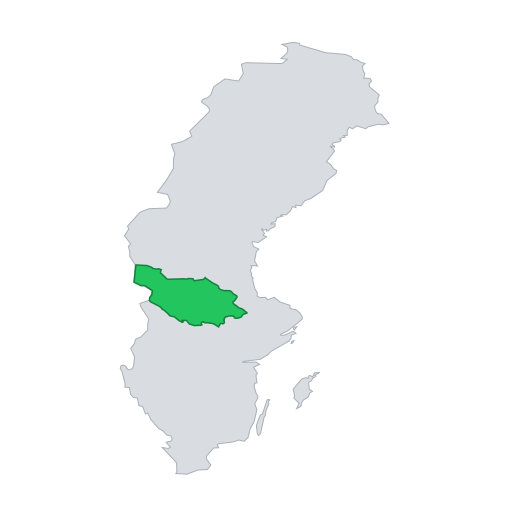 where Dalarna sits in Sweden, rotated 352°
{"feature_id": "SWE-181", "entity_name": "Dalarna", "entity_type": "County", "adm_level": 1, "iso_a3": "SWE", "parent_name": "Sweden", "parent_adm1": "", "projection": "natural_earth1", "projection_center": [14.891, 61.079], "detail": "fine", "context": "in_parent", "style": "filled", "palette": "green", "viewbox_px": 512, "rotation_deg": 352, "n_neighbors": 0, "source": "natural_earth", "source_scale": "10m", "svg_char_len": 6552}
<svg xmlns="http://www.w3.org/2000/svg" viewBox="0 0 512 512"><g transform="rotate(352 256 256)"><path d="M111.7,347.1L113.6,351.0L117.8,350.5L119.5,347.6L121.7,339.2L119.1,329.9L122.8,326.7L125.2,321.6L130.9,320.1L138.5,314.1L139.3,308.1L141.1,303.6L134.8,290.1L134.4,286.8L144.1,285.0L148.3,276.1L141.7,270.4L131.4,265.0L135.2,247.9L130.9,238.7L131.6,234.8L131.0,228.8L133.6,226.4L128.6,217.7L133.7,211.7L132.9,208.6L147.3,196.5L156.8,194.3L174.2,196.1L178.4,191.3L178.6,188.8L177.0,182.7L167.2,179.2L177.9,168.4L186.3,158.0L187.9,147.8L189.9,143.5L187.8,133.6L199.1,132.5L209.1,128.5L207.7,123.1L229.7,106.7L230.3,103.8L228.7,100.9L223.4,95.9L224.8,93.6L230.7,92.3L233.6,90.1L237.9,82.4L249.9,76.3L263.1,80.3L268.8,73.6L268.2,64.1L273.0,63.2L308.5,69.1L314.4,65.6L308.3,63.8L314.1,60.0L315.8,57.7L316.3,55.0L316.0,53.5L311.1,50.1L322.2,49.6L328.3,51.2L328.9,53.3L353.3,64.4L372.5,68.8L378.1,71.9L380.2,75.4L383.2,75.6L386.9,78.8L390.7,80.6L387.7,82.9L388.0,88.1L389.1,90.5L387.4,94.9L393.7,96.0L394.8,98.7L391.6,101.5L392.1,104.5L400.5,113.8L398.6,116.8L398.2,120.6L394.6,123.4L394.2,126.3L395.0,130.0L396.2,131.8L399.8,133.1L406.1,143.1L400.1,143.8L395.5,142.5L384.9,143.7L382.3,145.2L374.0,141.2L369.4,143.5L366.2,141.5L363.7,144.8L363.2,149.2L359.4,148.9L360.8,150.6L355.7,151.2L355.3,151.9L356.5,153.0L354.9,154.4L347.8,154.8L346.9,156.3L349.0,158.0L349.0,159.1L344.4,157.5L347.6,160.7L348.3,163.1L338.8,172.5L342.1,175.0L344.9,180.3L347.9,182.7L346.8,185.2L336.8,191.2L331.2,200.4L318.5,206.6L311.9,208.1L307.6,212.5L302.4,211.2L302.3,213.7L299.0,212.1L296.4,216.0L291.8,219.3L286.8,218.7L286.2,219.3L287.8,220.2L281.9,221.1L280.3,224.5L275.9,225.4L275.2,226.5L279.6,226.7L278.8,229.5L273.8,230.9L272.0,232.7L269.8,232.7L270.2,231.3L266.9,231.4L265.9,229.8L265.2,230.2L267.5,234.8L265.9,236.6L269.1,238.4L260.0,242.9L254.5,241.2L253.8,242.5L255.0,246.4L259.8,249.5L257.0,251.5L253.9,260.6L256.2,266.1L249.8,264.8L250.3,266.9L248.3,269.4L249.2,272.9L248.6,275.2L250.1,277.4L249.3,278.4L250.3,288.3L252.2,292.6L251.6,296.0L254.2,297.8L259.7,298.2L261.3,301.0L268.3,299.4L273.3,304.9L282.8,309.6L282.3,312.7L288.4,315.0L291.9,319.2L293.4,322.7L293.0,324.9L283.7,330.7L276.6,334.7L269.2,337.1L269.6,338.0L273.2,338.4L282.2,335.6L284.8,338.1L280.0,339.2L279.1,342.6L277.0,344.8L257.3,352.6L254.7,355.0L245.9,358.9L229.9,358.6L227.5,359.4L241.3,361.0L244.6,363.9L238.1,365.7L241.0,372.5L239.3,374.2L239.3,381.7L236.9,381.9L235.9,385.0L237.2,392.6L238.4,394.7L237.9,396.9L234.2,402.1L235.5,408.2L231.2,419.5L226.4,426.0L222.7,434.8L218.6,437.8L213.7,435.9L206.4,437.0L193.0,436.7L191.4,437.5L192.4,440.7L187.5,440.2L179.1,447.0L178.8,450.3L182.2,456.7L178.0,460.8L169.0,459.8L157.1,462.4L146.4,460.3L147.7,458.1L148.6,449.7L136.5,432.6L142.3,434.4L144.6,433.5L141.1,427.9L146.0,427.5L147.6,425.6L146.7,422.4L142.7,420.9L139.2,415.9L135.6,413.3L129.2,403.3L126.9,396.4L124.6,397.1L122.8,389.2L119.3,388.0L118.7,380.0L115.0,379.1L112.6,375.5L112.3,368.6L107.9,367.7L108.6,364.4L107.3,352.3L105.9,348.5L107.1,345.8L109.5,345.5L111.7,347.1ZM296.9,384.3L294.9,385.0L293.8,387.2L290.6,388.3L290.2,395.3L293.1,397.9L290.2,399.1L288.2,402.8L282.8,405.3L280.7,407.6L279.6,411.1L274.9,412.9L278.2,407.8L273.7,401.9L274.8,399.8L274.3,393.0L283.9,384.4L288.3,383.4L290.3,384.4L291.2,382.3L292.6,381.8L296.9,384.3ZM235.7,432.6L233.4,434.1L232.6,432.0L232.8,423.9L238.0,414.2L240.4,413.4L246.8,400.4L247.5,399.6L249.7,400.4L248.1,401.6L248.2,403.9L244.2,410.8L243.1,415.4L241.7,416.5L235.7,432.6ZM298.8,381.6L298.4,383.5L296.0,381.9L298.2,379.8L303.0,380.3L298.8,381.6ZM286.6,331.7L283.6,334.7L283.0,333.5L283.6,332.0L286.6,331.7ZM280.2,347.3L278.6,347.5L279.7,345.4L281.8,345.0L280.2,347.3Z" fill="#d9dde1" stroke="#a8b0b8" stroke-width="1"/><path d="M144.2,285.1L144.3,285.0L144.8,282.9L144.9,282.5L145.1,282.2L146.9,280.6L147.3,279.9L147.7,279.1L148.5,276.2L148.5,275.9L148.3,275.6L142.1,270.2L141.4,269.8L140.7,269.6L139.1,269.6L138.2,269.4L137.5,269.2L135.7,267.6L134.6,267.1L131.9,265.2L131.6,264.8L133.6,257.1L135.5,249.4L135.5,248.3L136.1,248.2L146.7,250.3L150.9,252.6L152.5,254.1L155.8,255.2L158.1,255.1L160.3,256.4L159.8,257.1L159.0,259.4L160.9,261.5L161.8,262.8L162.9,264.0L163.6,264.9L164.1,266.0L165.5,266.8L181.7,268.6L183.7,269.2L186.1,268.9L190.4,269.7L190.7,270.9L191.2,271.4L191.3,271.7L191.5,271.9L200.6,271.9L201.0,271.7L201.3,271.4L201.7,271.2L202.6,270.3L203.4,271.2L203.7,271.4L204.0,271.8L208.9,276.3L213.3,279.4L214.2,280.2L214.7,281.3L214.8,282.2L214.8,282.6L214.8,282.8L214.8,283.0L216.4,284.4L217.2,284.9L219.9,285.9L224.7,286.6L225.6,286.9L226.2,287.5L226.9,288.2L227.8,289.6L228.1,290.2L229.1,291.1L230.4,291.9L231.1,292.5L231.5,293.1L231.6,293.5L231.5,293.9L231.3,294.5L231.2,294.6L230.7,294.9L230.3,295.3L230.1,295.8L228.2,297.6L226.8,298.3L226.7,299.2L226.8,299.7L228.0,301.2L228.3,301.6L228.6,301.8L228.9,301.8L229.1,301.9L229.2,302.0L231.5,304.6L232.2,305.2L232.8,305.5L233.2,305.6L233.5,305.7L234.1,306.0L234.9,306.5L236.2,307.6L236.7,308.2L237.3,309.1L237.7,309.6L238.1,309.9L238.6,310.2L238.9,310.5L239.1,310.8L239.1,311.2L238.7,311.4L235.2,312.0L234.4,312.7L233.3,314.0L232.8,314.4L232.1,314.6L230.7,314.9L229.7,315.0L227.4,314.9L226.9,314.7L226.3,314.4L226.0,314.2L226.0,313.7L225.9,313.5L225.7,312.8L225.2,312.4L224.8,312.3L224.0,312.2L223.6,312.0L223.3,311.8L222.8,312.0L222.3,311.8L221.4,311.6L220.8,311.6L220.3,311.7L218.9,312.1L218.7,312.1L218.1,311.9L217.7,312.0L217.2,312.2L216.1,312.9L216.0,313.1L216.2,313.3L216.2,313.5L215.8,314.2L215.6,314.7L215.1,315.0L215.0,315.3L215.1,315.5L215.4,315.7L215.5,315.9L215.5,316.1L215.4,316.2L215.5,317.4L215.4,317.6L215.2,317.9L214.5,318.4L214.1,318.5L213.6,318.5L213.1,318.2L212.4,318.0L211.5,318.0L211.0,318.2L210.7,318.6L210.6,319.2L210.4,319.5L209.8,319.9L209.6,320.2L209.3,320.5L209.1,321.0L204.7,317.3L204.4,317.2L204.0,316.9L198.7,315.4L196.6,315.1L195.5,314.7L195.0,314.4L194.9,314.3L194.8,314.1L194.8,313.8L194.7,313.7L194.3,313.7L193.8,313.8L192.8,314.4L192.5,315.0L192.4,315.6L192.8,316.7L192.2,316.8L191.6,316.9L185.2,316.3L180.6,314.1L180.1,313.2L179.5,312.5L179.4,312.2L178.8,311.1L178.3,310.4L177.9,310.1L177.5,310.0L175.5,309.8L174.3,309.5L174.1,309.5L173.9,309.5L174.0,310.0L174.9,310.8L174.8,311.0L174.4,311.2L173.9,311.4L173.4,311.2L170.9,309.4L166.7,304.9L166.0,304.6L163.4,303.7L162.8,303.4L162.5,303.2L161.6,302.2L161.2,301.4L160.3,300.2L157.1,296.5L156.7,296.3L156.4,296.1L156.0,296.0L155.8,295.8L155.6,295.6L154.9,294.1L154.3,293.4L153.3,292.4L145.3,286.8L145.0,286.4L144.3,285.2L144.2,285.1Z" fill="#22c55e" stroke="#15803d" stroke-width="1.5"/></g></svg>